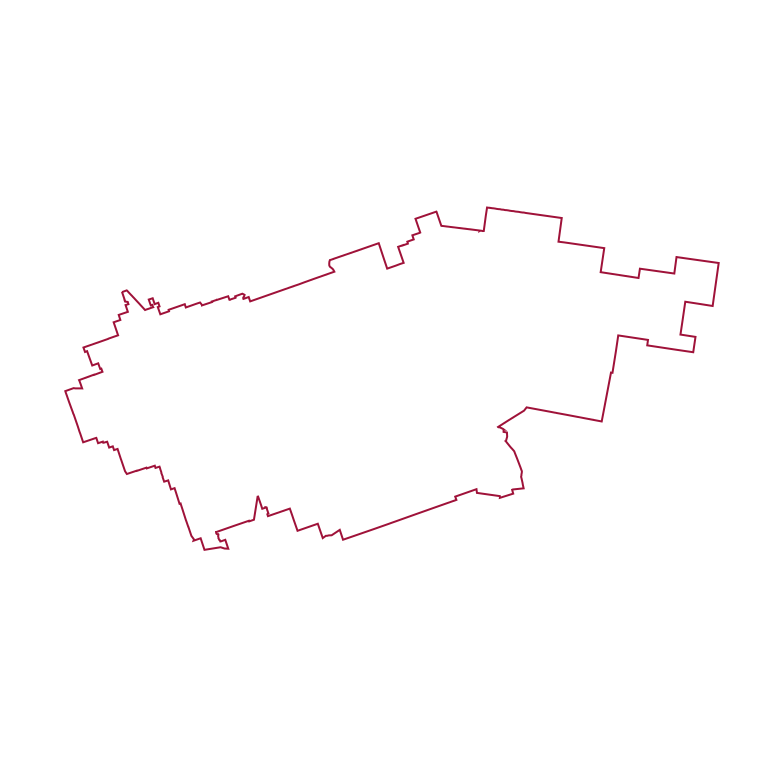 York, Western Australia, Australia, rotated 188°
{"feature_id": "25037944B97234562917936", "entity_name": "York", "entity_type": "district", "adm_level": 2, "iso_a3": "AUS", "parent_name": "Australia", "parent_adm1": "Western Australia", "projection": "mercator", "projection_center": [116.796, -31.917], "detail": "fine", "context": "isolated", "style": "outline", "palette": "rose", "viewbox_px": 768, "rotation_deg": 188, "n_neighbors": 0, "source": "geoboundaries", "source_scale": "gbopen_adm2", "svg_char_len": 5686}
<svg xmlns="http://www.w3.org/2000/svg" viewBox="0 0 768 768"><g transform="rotate(188 384 384)"><path d="M69.4,550.4L112.0,550.4L111.9,533.8L146.6,533.8L146.7,524.4L185.0,524.9L184.8,549.2L225.3,549.3L231.0,549.2L231.0,549.5L231.1,573.1L266.2,573.1L266.3,573.1L267.2,573.1L267.6,573.1L268.5,573.2L270.1,573.2L270.6,573.1L271.0,573.1L273.0,573.1L274.2,573.2L274.7,573.2L275.1,573.2L277.2,573.1L278.0,573.1L279.5,573.2L280.5,573.2L281.0,573.1L283.0,573.1L283.4,573.1L284.1,573.1L284.3,573.2L284.9,573.2L285.3,573.2L285.9,573.2L286.8,573.2L287.6,573.1L288.9,573.1L289.6,573.2L290.0,573.2L290.7,573.2L291.2,573.1L291.8,573.1L292.5,573.1L292.8,573.2L293.4,573.2L293.7,573.2L293.9,573.2L295.0,573.1L295.8,573.1L296.8,573.1L298.3,573.2L298.5,573.2L300.1,573.2L300.8,573.2L301.3,573.1L301.8,573.1L302.4,573.2L302.8,573.1L303.0,573.1L303.3,573.2L303.9,573.2L304.0,573.1L304.3,573.1L306.5,573.1L306.6,564.9L306.5,549.4L307.0,549.3L307.3,549.2L307.9,549.2L308.3,549.3L308.8,549.3L309.3,549.3L309.6,549.2L310.6,549.0L310.7,548.9L310.7,549.3L349.2,548.6L349.4,548.9L356.0,561.9L356.1,562.0L368.5,555.7L375.8,552.0L369.2,539.0L369.8,538.6L376.6,535.2L374.7,531.3L380.7,528.2L380.1,527.0L379.9,526.3L384.8,523.8L384.8,524.0L389.1,521.8L381.4,506.7L384.7,505.1L388.7,502.9L396.9,498.7L401.3,507.5L408.8,522.7L427.3,513.2L451.6,500.8L451.6,500.7L454.3,499.4L454.8,499.2L455.1,497.5L455.0,495.6L454.7,493.9L454.1,492.9L453.7,492.5L452.6,491.9L451.3,491.1L450.6,490.6L449.8,489.7L449.0,488.6L448.8,488.3L468.5,478.1L476.3,474.0L477.6,473.3L482.4,470.7L486.0,468.9L500.9,461.2L524.9,448.8L528.0,447.2L530.1,451.3L533.5,449.5L535.1,448.7L535.2,448.8L535.4,450.0L534.6,451.7L534.5,452.9L536.8,453.7L537.8,453.2L543.6,450.1L543.0,449.0L542.9,448.8L543.0,448.7L543.4,448.5L543.8,448.3L544.5,448.0L545.5,447.5L546.3,447.1L548.1,446.2L548.6,446.0L548.6,445.9L548.8,445.9L550.5,449.2L561.4,443.9L561.5,444.0L561.6,443.9L565.4,442.0L566.1,441.7L566.0,441.2L565.9,441.1L575.2,436.5L575.3,437.0L577.5,439.1L581.1,437.3L581.3,437.2L590.9,432.2L592.4,435.3L595.1,433.9L607.6,427.5L607.0,426.1L615.2,421.9L618.7,428.7L617.1,429.6L618.8,433.0L622.2,431.2L625.0,436.7L628.7,434.9L625.9,429.4L624.4,430.1L623.4,428.0L623.3,427.9L625.6,426.8L627.2,425.9L629.9,424.6L630.9,424.0L631.9,424.8L632.8,425.6L634.3,426.8L636.5,428.6L637.3,429.3L639.8,431.3L642.5,433.5L643.7,434.5L645.0,435.5L645.8,436.2L647.0,437.1L647.5,437.5L648.0,437.9L649.6,439.2L651.3,440.6L651.6,440.8L651.8,440.9L656.1,438.6L656.3,438.8L652.1,430.4L652.3,430.4L651.9,429.6L649.2,429.6L648.2,427.5L650.9,426.2L647.7,419.8L656.3,415.5L654.0,410.7L660.3,407.5L654.1,395.2L655.3,394.6L657.9,393.3L663.3,390.5L663.4,390.3L671.9,385.9L680.1,381.7L686.7,378.3L684.5,374.1L682.6,375.2L675.5,361.7L669.9,364.7L667.1,359.4L666.1,359.9L664.5,356.9L672.3,352.7L672.4,352.9L686.5,345.4L685.9,344.5L685.5,343.7L684.3,341.5L683.2,339.3L682.3,337.6L684.5,337.3L686.9,337.0L688.2,336.8L688.9,336.7L689.2,336.7L690.4,336.7L690.8,336.7L698.6,332.6L697.9,331.1L696.2,327.9L695.2,325.9L694.2,324.0L693.6,322.8L689.4,314.9L688.2,312.7L687.9,312.0L687.2,310.8L687.0,310.6L681.2,299.2L678.9,294.4L677.9,292.6L673.8,284.4L661.9,290.4L661.4,290.6L658.9,285.6L654.4,287.8L654.0,286.8L653.8,286.8L653.5,286.8L650.6,288.1L650.1,288.3L647.3,282.8L643.9,284.5L642.1,281.0L638.8,282.6L634.0,272.8L633.9,272.7L628.3,261.6L626.1,259.1L616.7,263.8L616.6,263.6L607.6,268.1L607.2,267.4L599.6,271.2L598.6,269.1L594.8,270.9L594.5,270.3L594.3,270.0L593.5,268.1L592.5,266.2L592.1,265.2L592.1,264.8L590.2,261.4L590.2,260.8L588.1,256.7L584.3,258.5L580.3,250.0L576.9,251.7L574.8,247.4L571.8,241.1L569.8,236.9L568.8,237.4L568.4,236.5L566.3,232.2L561.3,221.8L560.9,221.0L560.8,220.9L558.0,215.4L557.9,215.4L555.4,210.4L553.6,206.8L550.5,203.6L550.8,202.3L544.1,205.7L538.7,194.8L523.1,199.6L519.1,198.9L515.3,199.2L515.6,199.8L519.5,207.6L523.7,205.4L524.2,205.3L524.8,206.5L525.6,206.8L525.9,207.5L526.5,208.2L526.6,209.2L527.0,209.9L527.1,210.5L527.0,211.0L527.0,211.8L527.2,212.2L528.5,212.1L529.1,212.5L529.5,213.2L529.7,214.1L529.2,214.2L512.3,222.9L498.7,229.8L498.4,229.2L493.9,231.5L493.5,254.8L493.0,255.0L488.9,247.0L488.7,246.6L487.2,243.5L486.8,243.7L484.8,244.7L483.3,245.4L483.4,245.5L483.2,245.5L482.5,244.1L482.5,243.8L480.5,239.8L481.1,239.5L481.4,238.8L480.5,237.0L459.9,247.5L456.6,241.1L454.6,237.1L449.2,226.6L430.1,236.4L423.2,222.9L420.4,225.6L419.3,225.7L418.6,226.0L417.6,226.4L414.8,226.9L407.5,233.4L402.9,224.1L396.4,227.4L373.7,239.0L359.2,246.5L358.3,247.0L353.1,249.7L333.4,260.0L315.7,269.2L296.2,279.3L297.8,282.4L277.8,292.7L276.8,289.1L253.7,289.1L253.4,288.0L253.4,287.4L240.8,293.4L242.4,297.1L241.7,297.5L231.2,300.1L232.4,303.3L232.7,304.2L233.1,305.5L234.8,310.0L235.3,311.1L235.2,312.4L235.3,313.8L235.2,315.2L235.3,316.7L235.4,317.0L235.7,317.5L236.1,318.2L237.4,320.7L237.8,321.4L241.6,328.3L244.8,333.9L245.4,335.0L245.5,335.2L245.6,335.4L245.7,335.5L245.9,335.7L246.1,335.9L248.3,337.8L248.7,338.1L248.8,338.2L249.1,338.4L249.3,338.6L249.6,338.8L249.8,339.0L250.3,339.5L250.6,339.7L251.3,340.4L254.2,343.1L254.5,343.4L255.1,344.0L255.5,344.3L255.3,344.4L254.7,349.0L255.5,353.1L258.9,353.2L259.3,355.7L259.2,355.7L259.9,356.1L262.1,356.8L262.8,357.1L263.0,357.1L263.6,357.2L263.8,357.2L264.0,357.1L264.3,357.1L264.5,357.1L264.8,357.2L265.0,357.2L265.1,357.3L255.6,365.4L241.6,377.1L239.5,380.7L214.7,379.6L210.8,379.4L209.8,379.4L209.0,379.3L206.2,379.2L199.1,378.9L190.7,378.5L163.2,377.2L162.5,391.5L160.8,426.9L159.3,426.9L158.9,448.6L158.8,464.7L128.7,464.4L128.7,458.9L99.2,458.6L82.2,458.5L82.1,474.0L97.3,474.2L97.2,486.6L97.1,507.4L81.7,507.2L69.4,507.0L69.4,521.2L69.4,524.7L69.4,550.4Z" fill="none" stroke="#9f1239" stroke-width="2"/></g></svg>